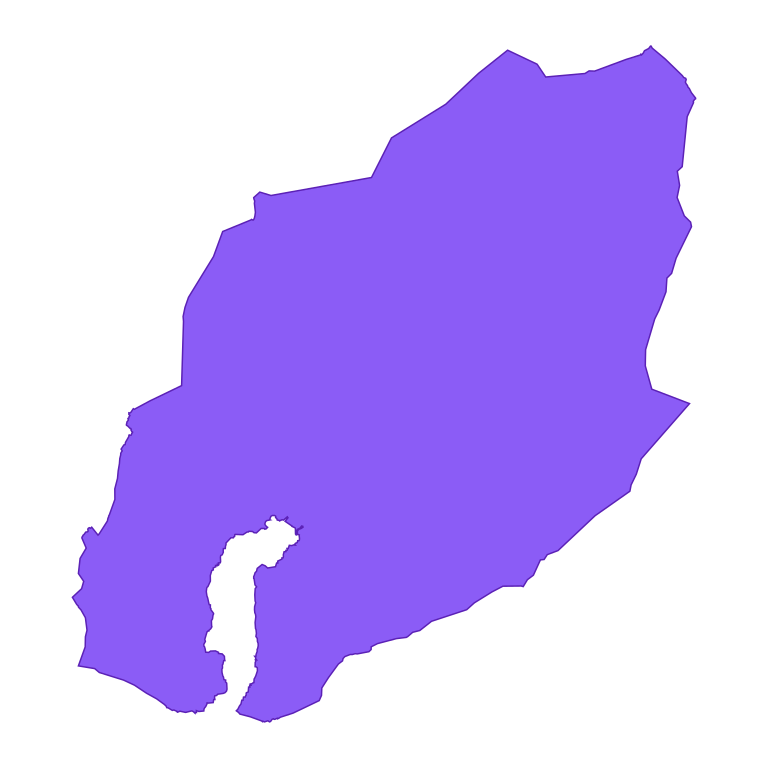 Sauda nor, Rogaland, Norway (Mercator projection)
{"feature_id": "86288312B22433756147713", "entity_name": "Sauda nor", "entity_type": "district", "adm_level": 2, "iso_a3": "NOR", "parent_name": "Norway", "parent_adm1": "Rogaland", "projection": "mercator", "projection_center": [6.323, 59.704], "detail": "fine", "context": "isolated", "style": "filled", "palette": "violet", "viewbox_px": 768, "rotation_deg": 0, "n_neighbors": 0, "source": "geoboundaries", "source_scale": "gbopen_adm2", "svg_char_len": 6055}
<svg xmlns="http://www.w3.org/2000/svg" viewBox="0 0 768 768"><path d="M78.4,665.9L94.7,668.6L99.3,672.5L123.6,680.1L134.5,685.2L146.5,693.2L156.6,698.8L164.3,704.4L166.1,706.1L166.8,707.7L168.0,707.8L172.3,710.4L173.9,710.0L177.0,711.4L176.9,711.7L177.6,712.2L179.9,711.2L185.6,712.4L191.8,710.9L193.3,711.6L195.1,713.3L195.3,712.5L196.5,712.5L196.4,710.6L198.9,711.5L203.8,711.0L204.0,709.1L204.6,707.9L205.7,706.6L206.9,704.1L207.1,702.9L208.3,703.1L213.2,702.6L213.7,699.5L214.9,699.5L214.5,697.1L214.8,695.8L216.6,695.5L217.7,694.2L223.2,693.4L225.0,692.7L226.5,691.1L227.0,689.2L226.7,683.1L225.5,681.9L225.7,680.1L223.9,679.6L223.5,677.1L222.8,675.9L222.0,672.3L221.9,669.2L222.5,668.0L222.4,664.9L222.9,664.3L223.7,660.6L224.9,660.6L224.6,659.4L224.4,656.3L222.2,653.9L218.5,653.5L218.5,652.3L215.4,650.9L210.5,651.1L208.7,652.4L205.7,652.2L205.2,649.1L204.5,646.7L203.9,646.1L203.8,644.3L205.4,641.5L204.8,639.4L207.0,631.9L208.3,630.8L208.8,631.0L209.0,630.3L210.8,628.7L211.9,626.8L211.6,625.6L211.4,620.7L212.5,618.9L213.0,615.2L213.6,613.9L213.5,613.3L210.9,609.7L210.9,608.5L210.3,607.9L210.4,604.9L209.3,604.7L208.9,603.6L207.7,598.0L206.9,595.8L206.3,591.7L206.7,588.1L207.1,587.2L207.9,586.6L210.4,581.1L210.3,575.5L211.8,570.5L213.3,569.9L213.2,568.0L215.9,566.7L215.6,565.5L217.4,565.4L217.3,564.2L218.0,564.2L218.0,565.4L218.6,565.0L218.9,564.7L218.9,564.1L218.5,562.9L220.3,562.8L220.6,561.6L220.4,557.3L220.7,555.5L222.2,554.8L223.3,552.3L223.2,550.5L223.4,548.6L225.3,548.5L225.5,546.1L226.0,544.8L226.0,543.0L230.9,537.8L233.4,537.8L233.7,537.0L234.6,536.5L234.8,534.7L235.1,534.4L243.0,534.7L246.0,532.7L247.2,532.0L248.4,532.0L249.0,531.3L252.5,531.5L254.0,532.7L256.4,532.9L261.1,528.5L264.5,528.5L264.8,529.2L266.3,528.8L267.6,527.3L266.4,526.5L265.0,524.6L264.9,523.7L265.6,521.6L266.7,520.6L270.2,519.9L269.6,519.6L270.9,516.3L272.3,515.5L274.6,515.5L275.7,516.2L275.6,517.6L276.8,518.6L277.2,520.0L279.4,520.5L279.6,520.9L282.1,519.7L283.5,520.1L287.3,516.8L288.0,517.8L285.1,521.3L292.1,526.1L292.0,526.4L295.0,527.8L295.4,528.6L295.5,534.0L296.1,534.9L296.7,534.9L296.9,534.3L296.4,532.2L296.9,530.3L297.7,529.2L300.1,528.1L301.6,526.0L302.8,526.3L303.0,527.2L301.3,528.4L298.7,529.4L297.4,531.1L297.4,533.4L297.8,534.4L299.3,534.9L299.2,535.8L299.5,538.4L299.4,539.9L298.9,540.7L297.7,540.7L297.2,542.6L295.4,543.3L294.8,544.2L295.4,545.1L293.6,544.9L291.8,545.6L289.3,545.3L288.2,548.5L287.0,548.5L287.4,549.7L287.1,550.3L285.9,550.4L285.9,551.6L284.1,551.7L283.3,554.8L283.4,556.6L283.1,557.8L281.9,557.9L281.9,559.1L277.7,561.1L277.8,563.0L276.6,563.0L275.5,566.7L267.6,568.0L265.2,565.8L262.1,564.5L257.2,568.4L256.5,571.3L255.1,572.7L254.3,575.3L253.7,576.5L253.7,578.5L254.1,578.8L255.0,584.9L256.6,586.9L255.2,588.6L254.8,594.8L255.1,600.9L255.7,602.7L254.6,606.7L254.5,609.7L254.8,612.7L255.5,614.4L255.8,616.7L255.1,622.5L255.5,628.5L256.0,629.6L256.4,633.4L255.9,636.5L257.3,638.5L257.4,641.5L258.1,643.3L258.2,645.8L257.7,648.2L257.1,649.5L257.2,651.3L256.1,654.4L255.9,656.3L254.7,656.3L255.6,657.5L255.7,658.7L256.6,659.9L255.4,659.9L255.8,661.1L255.2,662.4L255.1,666.7L256.3,666.9L257.3,667.8L257.4,670.9L255.8,675.8L254.6,678.3L254.1,679.0L253.9,682.6L252.7,683.0L252.1,683.6L250.3,684.0L250.9,685.2L249.7,685.2L249.8,687.1L248.6,687.1L248.2,692.0L246.4,692.7L246.1,693.9L246.2,695.2L245.6,695.8L245.3,697.0L243.5,697.1L243.0,700.2L241.8,700.2L241.0,703.9L239.4,706.1L237.9,709.1L236.3,710.8L238.5,712.4L239.9,714.1L250.3,716.8L261.5,720.9L262.6,721.7L262.9,721.2L264.5,721.9L267.9,720.8L269.5,721.9L269.9,721.8L270.7,721.3L272.1,719.3L273.4,718.8L274.0,719.3L274.9,719.3L277.1,718.3L277.5,718.7L277.7,718.3L278.4,718.5L280.4,717.2L293.1,713.1L319.2,700.6L321.5,695.4L321.8,688.0L328.4,677.7L338.4,664.0L342.5,660.9L343.1,658.5L344.8,656.6L350.2,654.5L352.4,654.5L355.1,653.7L357.3,653.9L368.9,651.7L371.1,649.6L371.2,646.8L377.5,643.6L396.4,638.6L406.3,637.4L407.7,636.6L412.7,632.3L419.8,630.5L431.5,621.3L466.7,609.7L474.4,602.8L492.0,591.9L502.9,586.2L521.2,586.0L523.2,586.6L527.4,579.7L533.4,575.2L540.4,559.9L544.1,559.5L547.3,554.6L558.0,550.6L595.1,515.7L629.9,491.2L631.1,484.9L636.3,474.2L641.2,458.8L689.5,403.6L651.8,389.2L645.3,365.9L645.4,359.1L645.6,349.7L654.7,319.0L659.1,310.1L666.0,291.8L666.9,278.1L671.6,273.4L676.1,258.2L691.5,226.7L690.6,222.1L684.3,215.9L677.1,197.5L679.6,185.4L677.3,171.2L682.2,166.7L687.2,116.7L693.5,102.7L693.3,101.3L694.6,99.4L695.6,98.8L695.6,98.1L691.4,92.7L689.3,88.5L688.0,87.1L687.4,85.4L686.1,83.7L685.4,82.1L686.2,79.6L685.7,78.3L683.7,77.5L682.3,75.6L665.2,59.0L652.2,48.1L651.1,46.1L650.5,46.1L648.7,48.5L644.5,50.7L643.1,53.3L641.5,54.9L640.9,54.2L640.5,54.9L626.2,59.4L594.6,71.1L589.1,70.9L585.0,73.5L545.7,77.0L537.1,64.2L507.6,50.2L478.6,73.3L445.8,104.2L391.5,137.9L371.5,177.5L271.0,195.5L259.8,192.1L253.7,197.6L253.9,198.9L254.7,201.0L254.4,203.4L255.4,212.3L254.9,215.9L254.3,218.3L253.6,219.7L253.0,220.1L251.5,219.4L250.8,220.0L222.7,231.5L213.5,256.6L188.5,297.3L185.0,307.4L183.1,316.5L183.5,321.4L181.6,385.6L150.3,400.7L134.3,409.3L133.3,408.7L130.8,412.4L129.8,413.0L128.9,412.8L128.9,414.5L129.7,415.1L129.9,415.6L129.0,416.8L128.9,417.9L128.0,418.4L127.9,418.8L128.3,419.5L128.4,420.1L126.9,422.0L126.8,423.3L126.4,424.2L126.5,425.3L127.7,426.0L130.3,428.6L130.7,428.5L131.3,429.3L131.0,430.1L131.8,431.6L132.5,432.0L132.5,432.6L131.8,433.3L131.3,435.0L130.1,435.3L129.2,434.9L128.9,435.4L128.8,436.6L125.5,442.3L125.1,444.6L123.9,444.9L121.1,449.1L122.2,450.9L121.1,452.5L120.7,453.6L120.7,454.9L119.8,458.5L119.4,463.8L118.2,470.8L117.5,478.4L114.8,488.9L114.9,499.4L109.4,514.7L108.7,516.0L108.5,517.4L108.0,518.0L107.4,521.0L99.3,533.7L98.0,535.1L91.7,527.2L90.6,528.2L89.3,527.7L88.4,528.2L87.8,529.1L88.1,531.0L87.7,531.8L85.7,532.1L84.1,534.4L83.0,535.3L82.7,536.2L82.0,537.1L81.9,538.0L86.2,548.1L80.1,558.4L78.4,573.5L83.7,581.3L81.6,588.7L72.4,597.3L76.8,604.6L78.3,606.0L78.3,606.7L78.8,607.5L81.0,609.9L85.4,617.7L87.0,630.2L85.4,636.8L85.2,646.9L78.4,665.9Z" fill="#8b5cf6" stroke="#5b21b6" stroke-width="1.5"/></svg>